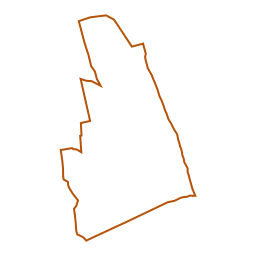 outline of Bulaq Al-DakrUr, Al Jizah, Egypt
{"feature_id": "37247803B34210539192827", "entity_name": "Bulaq Al-DakrUr", "entity_type": "district", "adm_level": 2, "iso_a3": "EGY", "parent_name": "Egypt", "parent_adm1": "Al Jizah", "projection": "robinson", "projection_center": [31.19, 30.03], "detail": "fine", "context": "isolated", "style": "outline", "palette": "amber", "viewbox_px": 256, "rotation_deg": 0, "n_neighbors": 0, "source": "geoboundaries", "source_scale": "gbopen_adm2", "svg_char_len": 1796}
<svg xmlns="http://www.w3.org/2000/svg" viewBox="0 0 256 256"><path d="M143.1,43.7L136.5,45.4L131.9,46.6L123.0,33.2L121.6,31.0L114.0,19.6L106.2,15.4L101.6,15.9L99.9,16.1L93.4,16.9L91.8,17.1L90.0,17.4L86.4,18.6L84.6,19.2L82.5,19.9L78.8,21.2L84.4,42.3L85.2,44.8L86.0,47.4L86.6,49.3L87.2,51.1L88.6,55.4L89.7,60.1L91.2,66.2L94.9,71.5L95.5,73.7L96.1,76.0L96.9,79.1L98.1,81.1L100.6,85.7L91.5,81.1L86.2,80.8L80.6,78.9L90.1,121.0L80.9,123.0L81.5,135.5L80.2,135.8L81.3,152.2L76.8,149.5L73.3,149.1L72.1,148.1L69.9,148.5L66.4,149.1L60.7,150.0L61.5,155.2L62.3,160.8L62.5,162.6L63.0,168.2L63.1,173.5L63.2,176.4L63.6,179.4L66.5,181.1L67.9,181.9L68.1,184.9L69.0,187.6L71.1,191.0L72.6,193.4L74.0,195.4L75.0,196.6L76.2,198.0L76.6,198.6L78.0,200.4L76.3,205.8L74.0,208.9L75.0,215.7L75.1,217.1L75.7,222.5L75.9,225.6L76.0,227.6L76.2,230.3L76.7,232.7L77.3,234.4L80.3,235.8L82.3,236.8L83.9,237.9L86.2,240.6L115.2,227.1L128.2,221.1L167.8,202.2L174.5,200.8L176.6,199.8L178.7,198.8L180.5,197.9L182.0,197.4L184.5,196.9L187.1,196.8L190.2,195.5L192.8,195.9L195.3,195.7L194.2,193.1L192.4,188.8L191.0,183.7L189.6,178.9L188.9,175.7L187.6,171.9L187.6,168.5L186.8,166.7L185.9,165.2L185.2,163.7L184.4,162.5L184.0,160.8L183.8,159.0L183.2,157.2L182.3,155.0L182.1,152.9L181.5,150.3L181.2,148.9L180.0,146.3L179.5,143.6L178.8,141.4L178.3,140.0L177.9,138.2L177.5,135.9L177.1,134.3L176.1,132.5L175.2,131.3L174.3,129.8L173.1,127.6L171.8,124.8L170.8,122.9L168.9,120.0L168.2,118.6L167.1,115.2L166.5,113.4L165.4,111.3L164.6,109.0L164.0,106.8L163.0,104.2L162.2,102.2L161.6,100.6L160.9,99.1L159.7,96.7L158.8,94.0L158.2,91.9L157.6,89.7L156.6,87.2L155.4,84.1L154.1,81.1L153.0,78.5L151.9,75.5L150.3,72.6L147.7,68.1L147.3,66.0L145.7,60.4L145.1,56.9L145.8,53.7L144.3,48.3L143.1,43.8L143.1,43.7Z" fill="none" stroke="#b45309" stroke-width="2"/></svg>